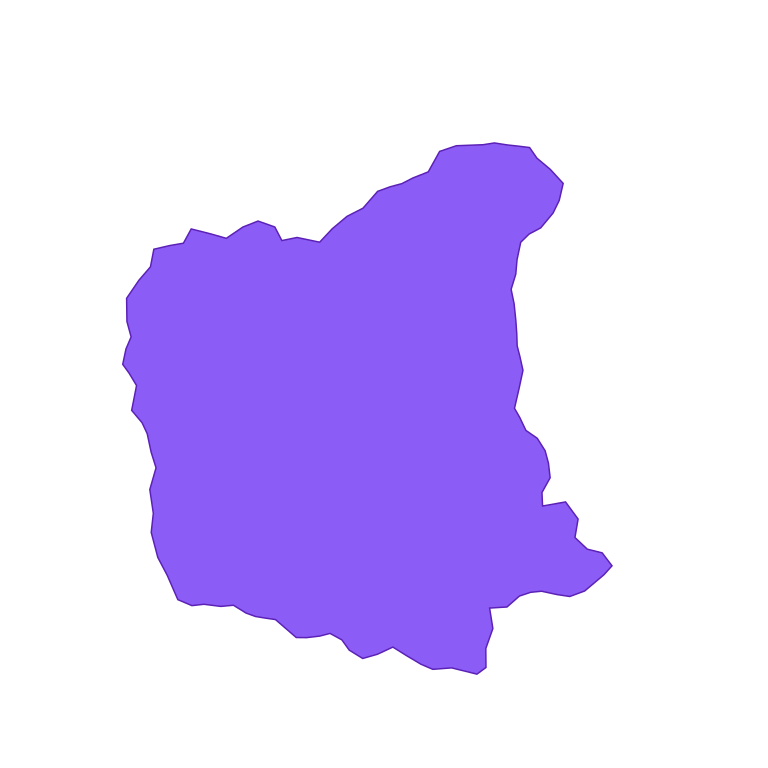 Itobi, São Paulo, Brazil (Equal Earth projection), rotated 197°
{"feature_id": "56859067B58801249909217", "entity_name": "Itobi", "entity_type": "district", "adm_level": 2, "iso_a3": "BRA", "parent_name": "Brazil", "parent_adm1": "São Paulo", "projection": "equal_earth", "projection_center": [-46.929, -21.758], "detail": "fine", "context": "isolated", "style": "filled", "palette": "violet", "viewbox_px": 768, "rotation_deg": 197, "n_neighbors": 0, "source": "geoboundaries", "source_scale": "gbopen_adm2", "svg_char_len": 1563}
<svg xmlns="http://www.w3.org/2000/svg" viewBox="0 0 768 768"><g transform="rotate(197 384 384)"><path d="M271.3,628.2L287.6,637.8L303.8,644.7L313.9,652.7L324.8,650.8L335.8,648.7L348.9,646.8L359.2,641.8L384.5,633.0L398.8,622.7L403.7,599.8L416.6,589.5L425.7,580.7L435.8,574.4L446.4,566.4L455.5,546.0L468.4,533.5L478.9,517.3L487.0,500.8L510.0,498.7L523.6,491.3L534.3,502.2L552.1,503.0L564.8,492.9L577.4,477.2L593.3,476.9L613.7,475.9L617.0,460.0L629.3,453.8L643.5,445.6L641.6,427.8L648.7,411.6L655.2,390.7L648.1,368.6L639.6,355.1L641.0,342.1L639.6,326.4L630.9,319.8L620.2,310.2L617.6,285.0L604.0,276.2L595.9,267.2L586.8,250.8L577.5,237.2L577.1,214.6L566.8,192.9L563.2,174.0L549.6,152.0L535.3,137.6L518.1,117.5L502.9,115.9L491.8,120.7L475.0,123.6L463.3,128.4L449.0,124.6L438.9,124.1L429.2,125.4L418.9,127.0L406.5,121.5L393.8,115.9L383.9,118.8L371.8,124.1L362.7,129.7L349.5,127.0L339.4,119.3L324.1,115.3L311.3,123.6L298.6,135.0L282.6,130.7L266.7,126.8L253.9,125.4L236.3,132.3L210.3,133.7L203.6,142.7L209.3,160.8L208.4,182.0L217.5,200.6L201.2,206.7L192.5,220.8L182.8,227.7L172.7,231.9L157.1,233.2L144.2,235.1L131.6,244.7L117.9,265.9L112.8,276.8L126.0,286.3L141.3,285.5L156.5,293.0L158.9,311.6L175.9,324.3L196.7,313.7L201.2,326.4L197.7,342.9L203.6,356.4L210.4,367.3L221.6,376.9L234.7,381.1L244.4,391.7L252.1,398.9L253.5,419.1L255.1,437.7L262.0,449.9L267.8,459.4L271.7,470.8L276.5,483.3L283.0,498.7L290.1,511.7L290.1,527.6L293.1,541.7L294.7,559.5L289.1,569.8L279.8,579.1L272.3,596.9L270.1,610.7L271.3,628.2Z" fill="#8b5cf6" stroke="#5b21b6" stroke-width="1.5"/></g></svg>